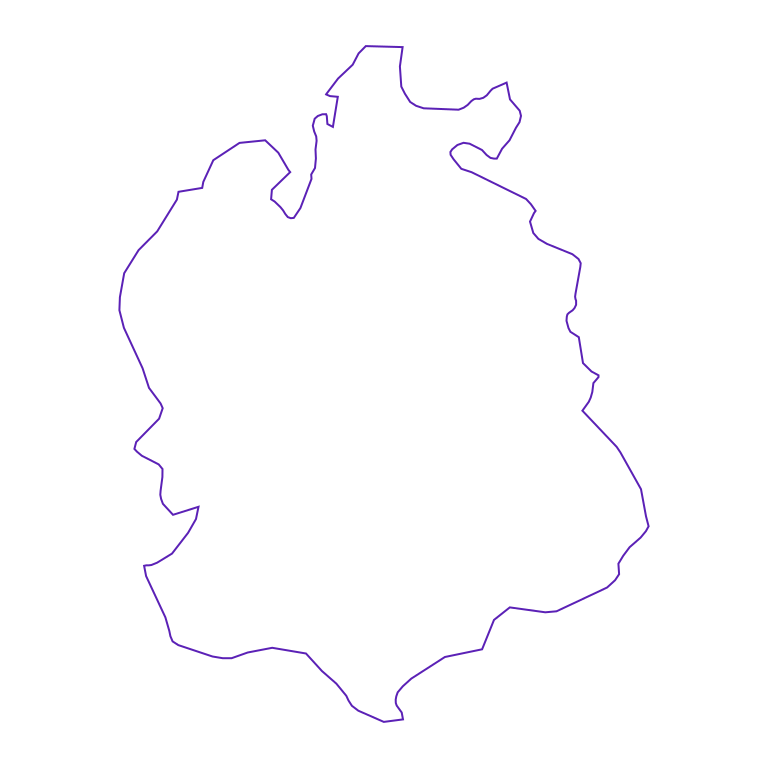 outline of Zürich
{"feature_id": "CHE-176", "entity_name": "Zürich", "entity_type": "Canton", "adm_level": 1, "iso_a3": "CHE", "parent_name": "Switzerland", "parent_adm1": "", "projection": "orthographic", "projection_center": [8.664, 47.43], "detail": "fine", "context": "isolated", "style": "outline", "palette": "violet", "viewbox_px": 768, "rotation_deg": 0, "n_neighbors": 0, "source": "natural_earth", "source_scale": "10m", "svg_char_len": 2506}
<svg xmlns="http://www.w3.org/2000/svg" viewBox="0 0 768 768"><path d="M332.9,126.9L337.8,96.8L330.0,96.1L326.1,94.4L326.2,94.2L338.1,78.5L352.7,64.7L358.6,53.4L365.8,46.1L402.6,47.1L399.9,66.5L401.3,86.6L404.9,93.7L410.2,102.0L416.1,105.8L423.7,108.3L458.6,109.7L463.7,107.7L467.7,104.9L471.3,101.1L473.8,99.3L475.9,98.7L479.5,98.9L483.3,97.8L486.8,95.3L490.6,90.7L492.6,88.7L506.6,82.6L510.0,99.4L519.7,110.7L521.0,115.9L519.5,122.2L516.0,127.7L509.5,140.3L502.1,148.7L496.8,158.6L494.0,158.6L490.5,157.9L486.6,155.0L482.0,150.0L469.6,143.7L463.5,142.8L457.4,145.0L452.2,149.3L450.4,152.0L450.6,154.8L453.6,159.3L461.3,168.8L471.6,172.2L526.1,199.0L530.9,204.2L535.6,210.9L534.0,213.1L530.0,221.6L533.3,233.0L538.4,238.9L547.0,243.9L572.4,254.2L578.5,259.0L580.7,263.2L580.3,267.0L575.5,293.7L575.1,296.7L575.5,299.1L576.1,300.7L576.1,302.4L576.1,304.8L574.5,308.1L572.7,310.2L568.9,312.9L567.4,314.4L566.8,316.7L566.5,320.8L568.5,328.1L570.4,331.8L578.8,337.2L583.0,363.1L591.5,371.5L598.5,375.3L598.5,377.1L593.4,383.1L592.3,392.0L590.7,397.6L588.8,401.8L582.4,410.7L616.7,446.9L620.4,452.4L641.0,489.2L646.0,516.3L648.6,526.3L645.9,531.2L640.6,537.6L629.6,547.2L623.2,555.8L618.4,563.7L619.1,574.2L615.1,580.2L607.1,587.5L556.5,611.3L545.3,612.3L509.8,607.4L494.0,619.9L482.1,649.3L444.9,657.0L411.3,678.6L402.8,686.3L397.7,692.3L396.3,696.3L395.7,699.6L395.8,703.0L396.7,705.6L401.7,712.5L403.0,719.4L383.8,721.9L358.3,710.7L351.9,705.8L348.5,700.5L346.3,695.8L336.4,683.7L321.9,671.0L306.0,653.5L272.2,647.8L247.7,652.5L231.6,658.2L222.7,658.2L212.5,656.5L178.3,645.1L172.6,641.4L170.4,636.2L169.3,630.9L165.4,617.4L146.1,576.1L144.1,565.8L146.5,565.3L149.1,565.3L151.4,565.0L157.1,562.7L172.0,553.6L188.1,532.8L196.0,519.0L198.5,506.8L173.0,514.8L162.9,503.8L161.1,498.9L160.3,494.8L160.6,490.7L162.4,477.0L162.5,469.0L158.7,464.4L141.9,455.8L137.0,451.7L134.4,448.9L136.2,442.0L159.1,418.7L162.7,408.2L160.6,403.5L149.0,387.9L142.6,368.3L123.9,327.8L119.4,310.2L119.9,297.2L124.2,273.2L138.6,250.1L157.2,231.4L176.9,199.6L178.5,191.8L202.2,187.9L203.3,181.9L213.3,160.2L239.5,142.9L265.2,140.3L278.3,152.7L288.4,169.9L290.2,172.1L271.9,189.8L271.1,199.3L274.6,201.5L280.5,207.2L283.1,210.4L285.3,214.0L287.8,217.1L290.8,218.2L293.8,217.9L300.4,208.1L311.5,178.9L311.2,174.5L315.0,168.0L315.9,158.5L315.5,149.5L316.6,140.8L316.2,136.4L314.2,131.5L312.8,125.7L314.7,118.7L317.8,116.0L322.3,114.3L326.1,114.2L326.8,116.2L327.4,124.0L332.9,126.9Z" fill="none" stroke="#5b21b6" stroke-width="2"/></svg>